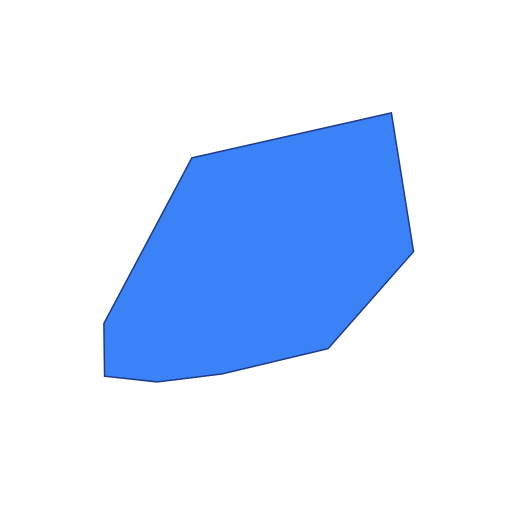 the border of Singapore, rotated 145°
{"feature_id": "SGP", "entity_name": "Singapore", "entity_type": "country or territory", "adm_level": 0, "iso_a3": "SGP", "parent_name": "Asia", "parent_adm1": "", "projection": "natural_earth1", "projection_center": [103.867, 1.356], "detail": "fine", "context": "isolated", "style": "filled", "palette": "blue", "viewbox_px": 512, "rotation_deg": 145, "n_neighbors": 0, "source": "natural_earth", "source_scale": "50m", "svg_char_len": 278}
<svg xmlns="http://www.w3.org/2000/svg" viewBox="0 0 512 512"><g transform="rotate(145 256 256)"><path d="M419.3,288.0L252.2,373.2L63.0,295.6L124.4,169.3L250.1,138.8L351.5,178.9L409.3,209.6L449.0,244.4L419.3,288.0Z" fill="#3b82f6" stroke="#1e3a8a" stroke-width="1.5"/></g></svg>